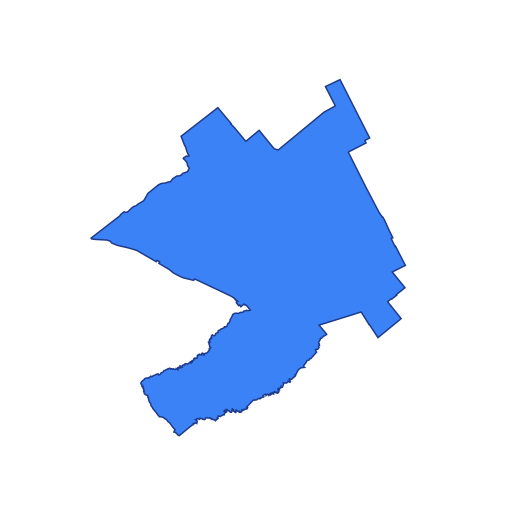 the district of Totoral, Córdoba, Argentina, rotated 321°
{"feature_id": "61730980B56418772605079", "entity_name": "Totoral", "entity_type": "district", "adm_level": 2, "iso_a3": "ARG", "parent_name": "Argentina", "parent_adm1": "Córdoba", "projection": "albers", "projection_center": [-64.25, -30.717], "detail": "fine", "context": "isolated", "style": "filled", "palette": "blue", "viewbox_px": 512, "rotation_deg": 321, "n_neighbors": 0, "source": "geoboundaries", "source_scale": "gbopen_adm2", "svg_char_len": 6103}
<svg xmlns="http://www.w3.org/2000/svg" viewBox="0 0 512 512"><g transform="rotate(321 256 256)"><path d="M83.2,347.3L100.2,347.2L100.9,347.6L101.4,346.9L102.3,346.8L102.5,347.5L103.8,347.4L104.5,348.9L106.3,347.5L106.0,345.5L106.7,346.2L107.4,345.1L107.8,345.1L108.9,346.4L108.9,347.2L109.8,347.3L110.2,346.8L110.8,347.3L110.9,347.8L111.8,348.6L111.8,349.4L113.0,350.7L113.5,350.9L114.8,350.3L115.9,350.5L116.7,351.8L118.2,352.4L118.3,353.8L119.1,354.3L118.8,355.0L119.4,355.2L119.5,355.8L120.2,356.5L120.9,358.6L121.8,358.3L124.1,358.4L124.0,357.4L125.2,357.3L126.0,356.5L127.1,358.2L130.7,358.8L131.1,359.4L133.6,358.2L134.6,358.6L134.7,358.0L134.3,358.0L133.8,357.2L133.3,356.9L133.8,356.3L135.8,356.4L135.7,357.6L136.2,357.0L137.0,357.2L136.5,358.2L136.8,358.8L137.7,359.3L137.6,361.0L138.4,361.9L139.5,361.8L139.7,361.1L140.5,360.7L141.0,359.9L141.5,359.9L141.7,361.1L141.2,361.6L141.1,362.6L141.5,364.7L141.9,364.9L142.8,363.2L143.6,363.2L144.0,363.6L143.8,364.8L145.3,366.1L145.4,366.6L144.7,367.0L145.6,367.7L146.9,368.0L147.5,367.7L147.7,366.8L148.4,366.7L148.9,366.9L149.2,367.9L149.5,368.1L150.8,367.8L151.7,368.7L153.0,369.1L153.4,368.8L153.2,368.3L153.4,368.0L153.9,368.6L154.1,368.5L153.7,367.5L162.9,366.3L164.0,366.7L164.0,367.0L166.1,368.2L168.2,368.3L169.1,369.4L169.8,369.0L170.2,369.6L171.0,369.4L173.3,370.4L173.7,370.1L173.6,369.0L176.0,369.1L176.5,369.7L176.0,370.6L177.0,370.4L177.5,370.9L177.9,370.7L178.4,371.9L178.3,372.2L178.6,372.1L178.6,372.4L179.2,372.2L179.1,371.8L179.4,371.7L179.9,372.2L179.9,372.8L180.7,372.3L180.5,373.1L181.9,373.0L182.5,373.9L182.6,373.0L183.2,373.9L183.5,373.7L183.3,372.8L184.8,373.1L184.5,373.7L185.3,374.4L185.7,374.3L185.5,374.8L186.2,375.3L186.1,375.9L186.5,376.3L187.1,375.5L187.8,376.1L188.7,375.6L189.0,374.0L189.5,372.9L190.1,373.0L190.3,374.5L190.9,373.8L191.5,373.9L192.8,373.3L192.3,374.0L194.0,374.6L197.5,372.4L197.5,371.9L199.7,373.9L200.4,374.0L201.9,373.5L202.7,375.3L203.5,375.5L204.0,374.9L203.8,373.4L204.1,372.6L204.6,372.6L206.1,374.3L207.7,373.9L208.7,374.3L209.7,373.6L210.3,374.1L211.4,373.9L211.6,372.9L211.9,372.9L212.1,373.3L217.2,371.1L219.3,371.1L220.6,371.2L223.6,373.1L223.4,371.8L224.4,371.1L227.9,370.3L229.3,369.5L230.8,369.7L231.4,370.2L233.2,369.5L233.9,370.3L242.6,368.8L243.1,366.3L243.8,366.1L245.3,367.4L247.4,366.8L248.0,365.3L249.2,365.4L249.7,364.0L250.0,363.8L250.1,363.1L250.7,362.3L253.4,361.4L254.1,360.5L255.3,361.1L258.0,360.8L259.9,361.4L261.7,361.3L261.5,349.4L302.5,365.7L300.7,380.6L301.0,380.7L299.4,396.2L329.4,396.0L329.5,374.4L334.3,374.4L334.4,374.9L340.7,375.0L340.7,374.3L351.8,374.4L351.8,354.2L366.2,357.3L370.6,336.0L370.0,335.9L372.1,327.5L373.8,327.9L375.6,319.9L378.5,308.9L379.0,305.9L379.0,305.4L378.6,305.3L379.1,299.6L384.5,272.6L393.1,233.3L412.7,237.4L413.3,234.7L418.6,235.8L432.3,171.8L416.6,168.0L412.1,189.3L399.3,187.0L340.0,187.6L337.6,184.1L337.5,160.3L320.2,160.5L320.0,142.6L319.5,137.8L320.0,137.8L319.7,116.7L273.1,115.8L270.1,125.2L269.9,126.8L267.9,131.8L266.8,136.1L265.5,135.5L265.0,134.7L264.1,134.3L263.1,134.5L261.7,134.1L260.8,134.5L261.1,136.4L261.2,140.1L259.6,142.8L259.5,145.8L256.9,146.8L256.2,147.5L250.8,145.6L249.5,146.0L247.1,145.6L244.9,144.1L243.7,143.9L240.1,143.5L236.1,144.5L234.4,143.2L231.8,142.4L227.9,140.0L225.1,139.3L211.3,139.3L204.7,142.0L202.7,142.3L197.1,141.4L194.3,141.5L192.6,140.7L190.5,140.4L183.7,141.0L182.2,140.0L181.3,138.6L176.9,138.6L175.5,139.1L139.1,138.3L139.0,139.3L141.8,142.2L150.1,149.7L152.0,152.7L152.0,155.1L155.0,160.5L162.0,169.5L166.8,176.5L174.8,197.5L175.1,197.8L176.5,197.2L177.5,199.9L175.9,200.6L180.1,212.0L181.3,217.7L184.3,224.4L185.7,227.1L192.0,235.4L192.2,235.6L194.0,235.4L211.3,271.4L212.2,274.0L212.9,276.5L212.3,276.7L213.4,279.8L211.6,279.4L211.2,280.6L211.4,283.8L212.5,283.8L212.3,285.9L215.9,285.8L216.4,286.8L216.7,286.6L216.3,285.3L217.5,288.5L217.6,294.4L216.3,294.1L214.9,292.9L214.4,292.2L213.7,292.2L211.9,291.1L210.3,291.5L208.6,290.1L206.3,289.6L203.8,287.3L201.3,286.8L197.6,288.7L196.0,289.1L195.1,290.1L194.6,290.1L193.6,290.8L192.4,291.0L191.9,290.7L189.0,292.3L187.7,292.3L187.4,291.3L187.0,291.1L185.6,291.7L182.9,290.7L181.6,290.8L180.4,290.4L179.1,290.5L178.5,291.5L175.8,290.9L175.1,291.7L173.4,291.7L172.6,290.8L172.4,289.8L171.4,289.9L170.7,290.4L169.6,292.1L169.2,291.9L169.4,291.6L169.1,291.2L167.3,291.8L167.7,292.1L166.2,292.8L166.2,293.8L164.8,293.1L164.5,293.7L164.7,294.5L163.8,295.4L163.3,297.0L162.7,297.5L163.2,298.5L162.8,298.7L162.2,299.0L161.1,298.8L161.1,299.4L160.5,299.7L157.3,300.5L154.3,299.4L153.9,299.5L153.9,300.1L153.6,300.4L153.3,300.1L153.6,298.5L153.2,297.7L152.3,297.7L152.2,298.2L151.5,298.7L150.6,297.7L150.3,296.8L149.7,296.6L149.3,297.1L148.3,296.3L147.4,296.6L146.7,297.9L146.2,298.2L145.7,298.3L145.4,297.7L144.5,297.6L144.4,296.9L143.6,296.6L142.9,296.8L142.4,297.7L140.7,297.3L139.7,298.4L139.3,298.0L139.8,297.2L138.5,297.4L138.0,298.1L137.8,297.6L138.1,296.9L134.7,297.0L134.2,295.9L132.9,295.1L131.9,295.9L130.9,295.4L130.9,294.8L129.6,295.0L128.8,296.0L127.9,295.6L127.3,295.7L127.3,295.1L128.2,294.1L127.9,293.6L127.2,294.6L126.4,294.0L125.8,294.6L125.4,293.7L124.9,293.6L123.8,295.2L123.2,293.2L122.6,293.6L122.1,293.5L121.0,292.3L120.7,291.5L119.8,291.3L119.5,290.4L118.5,290.0L118.4,288.9L117.0,288.7L116.8,288.2L116.0,288.3L114.5,287.7L113.6,287.9L112.4,287.1L111.4,287.6L109.7,287.5L108.8,287.1L106.9,287.7L105.5,287.1L105.8,286.2L105.2,285.6L100.3,284.3L99.2,284.3L98.6,283.2L98.2,283.4L96.2,283.0L95.9,283.4L93.7,281.6L92.3,281.3L91.3,281.7L89.9,281.5L87.3,281.9L86.2,282.7L86.1,283.2L86.4,284.0L85.4,285.4L86.2,285.9L86.1,286.5L85.3,286.7L85.0,287.7L85.4,287.9L84.8,288.6L84.4,290.1L84.0,290.1L83.9,290.6L83.4,290.7L83.5,291.2L82.7,292.3L82.8,294.3L83.9,295.9L83.9,296.8L83.3,297.3L82.9,298.1L83.1,298.8L82.2,299.9L81.4,302.1L81.1,305.0L80.3,305.9L80.2,307.8L79.8,310.0L79.9,314.1L79.7,319.3L79.9,320.4L81.2,321.4L82.3,322.9L82.9,325.6L83.5,326.4L83.4,329.3L83.9,331.3L83.6,337.0L83.8,340.1L82.3,340.5L81.4,341.2L82.2,342.2L82.7,344.1L82.5,345.3L83.2,347.3Z" fill="#3b82f6" stroke="#1e3a8a" stroke-width="1.5"/></g></svg>